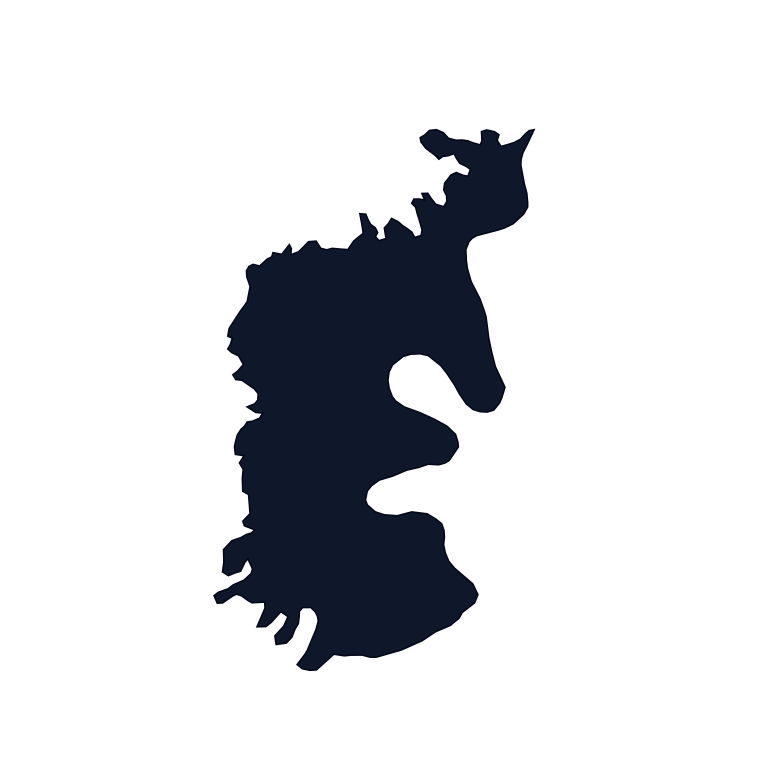 the district of Capanema, Paraná, Brazil, rotated 114°
{"feature_id": "56859067B47648271195329", "entity_name": "Capanema", "entity_type": "district", "adm_level": 2, "iso_a3": "BRA", "parent_name": "Brazil", "parent_adm1": "Paraná", "projection": "robinson", "projection_center": [-53.789, -25.607], "detail": "fine", "context": "isolated", "style": "filled", "palette": "ink", "viewbox_px": 768, "rotation_deg": 114, "n_neighbors": 0, "source": "geoboundaries", "source_scale": "gbopen_adm2", "svg_char_len": 3768}
<svg xmlns="http://www.w3.org/2000/svg" viewBox="0 0 768 768"><g transform="rotate(114 384 384)"><path d="M648.5,309.7L645.2,303.9L640.6,293.8L639.2,285.5L636.8,280.0L620.0,260.0L609.9,250.9L603.3,244.9L589.5,236.2L577.6,225.2L567.3,220.1L561.0,219.6L547.1,212.2L538.2,212.5L530.5,221.5L523.5,244.7L519.5,252.8L513.2,259.4L506.4,264.2L499.3,266.5L493.2,269.7L488.2,274.4L486.2,282.0L485.0,291.8L489.5,306.6L499.0,318.4L503.4,330.8L504.3,340.2L501.2,350.0L497.5,353.7L488.7,355.7L482.0,354.0L473.8,349.3L464.7,338.7L453.4,328.1L446.0,318.2L439.4,311.1L435.5,301.0L431.3,296.0L427.4,293.3L411.4,290.4L407.3,292.6L400.9,298.1L396.9,309.2L395.7,323.2L395.5,339.2L396.7,356.3L394.7,366.6L392.1,371.3L386.0,377.4L379.0,381.9L370.7,384.3L363.0,383.9L351.1,377.7L345.9,371.6L341.7,363.2L340.1,355.2L344.2,339.5L349.0,330.5L356.2,319.2L362.6,310.8L368.8,300.7L371.1,292.1L370.2,284.9L367.7,278.3L363.2,273.1L354.4,270.7L349.0,270.7L337.8,272.1L322.7,289.4L311.0,298.6L299.7,306.8L281.2,318.0L276.4,322.1L267.1,331.0L254.9,346.1L244.5,354.8L237.3,359.2L227.8,363.9L219.5,364.2L215.0,362.7L210.8,359.7L198.0,343.7L192.8,337.7L185.0,331.1L172.0,325.5L164.0,324.7L160.2,326.3L151.6,331.1L143.9,337.3L128.5,347.9L123.3,350.0L116.3,351.1L106.6,350.6L90.6,350.3L93.5,354.5L98.0,356.6L104.8,358.9L110.2,363.1L114.7,368.1L119.3,373.7L115.4,379.7L109.6,380.3L108.5,385.6L110.1,393.5L113.7,397.7L118.0,395.5L122.2,393.4L126.4,393.5L127.4,400.4L127.7,406.3L129.3,411.9L132.0,417.4L133.2,425.1L130.2,432.0L130.3,439.6L133.8,445.6L140.3,448.3L144.2,451.2L147.8,448.8L151.7,441.6L153.2,435.1L154.4,430.1L156.4,425.3L152.4,423.0L149.4,418.2L145.1,413.7L148.5,409.5L151.6,404.6L151.8,398.2L152.7,392.4L160.0,391.9L161.2,396.9L161.3,404.0L165.9,408.0L170.6,409.0L175.8,410.3L182.4,408.5L186.6,403.5L191.6,400.9L197.7,401.6L198.7,409.8L195.1,416.6L191.9,421.6L194.5,426.9L199.3,421.9L200.9,427.7L202.9,432.0L207.7,432.2L209.7,427.0L215.2,422.7L219.2,419.1L223.7,415.3L227.8,411.9L233.3,410.6L237.5,415.6L233.9,420.3L232.5,426.6L231.6,431.7L229.9,437.4L229.6,444.5L235.8,445.3L241.3,447.2L245.5,444.5L250.2,441.4L255.0,446.9L252.9,451.7L248.2,451.4L244.8,455.4L243.6,461.1L240.4,465.3L236.2,469.7L238.2,475.4L245.0,470.7L250.2,467.2L254.9,464.3L260.3,467.2L265.8,469.9L271.4,470.9L275.9,471.7L278.4,478.6L281.1,486.5L284.7,490.9L285.7,497.0L281.0,504.1L284.7,510.9L291.8,513.4L298.1,516.0L303.8,521.7L297.9,523.7L295.1,527.2L307.1,530.2L309.1,538.9L313.5,538.3L317.3,541.5L326.8,545.7L327.9,552.3L331.5,555.2L336.4,555.8L342.0,552.9L349.4,546.0L359.3,543.7L364.4,542.5L370.4,543.7L376.3,545.0L396.1,548.1L403.9,546.2L403.9,541.3L410.2,540.5L415.6,541.0L417.3,535.8L417.5,528.4L423.4,520.4L431.7,523.0L437.1,525.9L440.3,521.2L438.4,515.4L441.2,500.7L443.9,495.1L450.0,492.8L454.7,494.1L460.6,499.9L462.2,489.6L460.0,483.0L465.8,483.8L471.5,489.1L474.4,493.6L479.6,494.4L483.4,496.2L490.2,497.3L497.7,496.1L502.2,495.1L508.8,491.2L506.5,482.8L515.0,484.0L519.2,478.0L527.8,475.1L539.5,469.4L540.1,462.8L556.9,453.7L566.7,457.2L570.4,453.9L569.8,442.7L574.1,444.6L577.3,448.5L582.4,452.2L589.0,459.3L600.6,463.3L606.8,460.3L611.7,458.0L621.4,455.1L622.4,448.2L617.0,443.0L613.4,438.8L603.2,438.5L599.2,437.2L606.4,429.0L611.1,428.3L620.2,432.2L628.6,439.9L634.5,443.2L641.7,450.7L646.5,453.2L652.1,447.2L649.6,442.3L639.4,436.1L636.0,433.2L635.5,428.0L637.1,420.4L637.6,415.6L631.8,404.3L637.1,401.6L657.5,401.3L653.7,393.2L647.6,390.0L634.0,385.6L635.6,377.2L646.0,377.1L658.5,381.3L665.9,376.6L660.5,367.9L652.7,365.1L645.1,365.6L637.6,364.8L630.8,366.9L626.1,368.8L621.4,367.4L618.0,360.0L620.2,353.9L623.7,350.0L627.5,347.6L636.1,346.3L658.0,345.8L663.0,346.3L675.7,349.3L677.4,342.9L675.8,335.5L672.7,329.4L651.3,319.9L648.5,309.7Z" fill="#0f172a" stroke="#020617" stroke-width="1.5"/></g></svg>